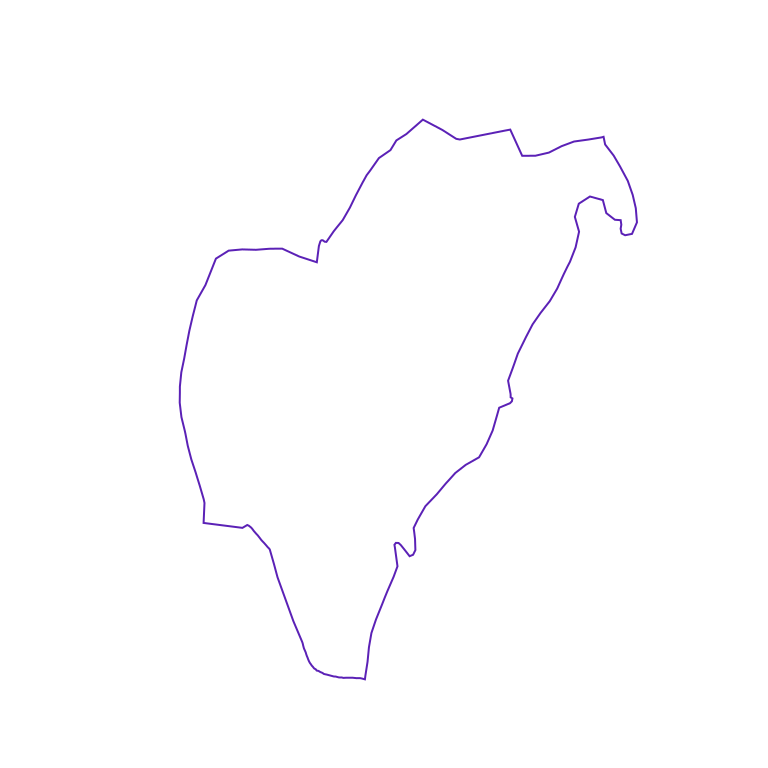 outline of Aflah Ash Sham, Hajjah, Yemen, rotated 195°
{"feature_id": "15242507B83432581375198", "entity_name": "Aflah Ash Sham", "entity_type": "district", "adm_level": 2, "iso_a3": "YEM", "parent_name": "Yemen", "parent_adm1": "Hajjah", "projection": "robinson", "projection_center": [43.41, 16.053], "detail": "fine", "context": "isolated", "style": "outline", "palette": "violet", "viewbox_px": 768, "rotation_deg": 195, "n_neighbors": 0, "source": "geoboundaries", "source_scale": "gbopen_adm2", "svg_char_len": 2568}
<svg xmlns="http://www.w3.org/2000/svg" viewBox="0 0 768 768"><g transform="rotate(195 384 384)"><path d="M522.3,203.1L483.5,208.4L479.6,212.4L477.8,212.1L475.1,210.9L473.5,209.8L471.8,208.4L468.7,206.3L466.9,205.2L464.1,203.1L462.2,201.6L460.8,200.7L458.8,199.5L456.1,197.7L454.1,196.3L452.5,195.4L451.5,194.6L443.8,181.8L436.8,169.7L410.1,131.4L396.2,113.6L395.4,112.4L394.3,110.3L392.9,107.9L391.2,105.8L390.1,104.4L389.2,102.9L388.2,101.4L387.0,99.9L386.2,98.7L384.8,96.9L383.4,95.4L382.0,94.3L380.9,93.3L379.6,92.5L377.9,91.2L376.0,90.7L374.9,89.8L373.0,89.9L371.0,89.3L368.6,89.0L367.2,88.4L365.6,88.4L364.2,88.5L362.5,88.5L361.2,88.5L359.0,88.5L356.8,88.5L354.9,88.9L353.3,88.9L351.6,88.9L348.9,89.6L347.2,89.6L345.1,90.3L340.7,91.5L338.0,92.2L336.0,92.5L334.2,92.8L330.9,93.7L329.2,93.8L326.0,93.8L326.5,97.5L328.0,111.4L330.4,125.8L331.6,139.1L331.7,140.2L330.8,154.4L328.8,170.7L328.0,177.8L327.1,184.9L324.8,200.3L323.8,211.4L331.1,228.8L332.3,231.4L331.4,233.6L328.8,234.2L326.1,232.8L322.0,229.8L314.7,224.3L311.7,226.6L310.7,231.7L313.9,242.3L316.5,248.8L318.1,252.6L316.3,261.9L312.4,276.7L304.4,291.3L300.1,300.6L298.5,304.0L295.9,309.0L292.1,316.5L284.1,327.1L273.2,337.8L269.3,352.4L267.0,367.2L266.7,382.9L266.6,390.9L257.3,398.1L256.0,400.4L256.2,403.3L258.2,403.9L259.1,407.0L265.0,419.3L263.8,432.3L263.4,437.2L262.6,448.0L260.4,459.0L259.0,466.1L255.9,480.1L251.2,493.1L245.3,507.0L241.4,521.0L239.6,531.9L238.8,536.6L237.2,544.8L236.0,550.2L234.3,565.6L235.0,581.6L242.9,594.8L242.5,608.6L233.6,618.4L220.2,618.3L213.5,606.6L203.5,602.4L197.8,603.5L196.0,599.3L195.6,595.2L193.4,590.9L189.6,590.1L183.3,593.2L181.5,605.6L186.3,619.0L192.7,631.0L201.1,643.3L210.8,653.6L212.3,655.2L221.3,664.1L232.4,672.6L235.9,679.6L237.7,678.5L249.9,673.0L263.2,667.4L274.0,659.7L284.6,650.2L296.8,643.7L306.2,641.1L309.6,640.2L327.9,662.4L332.7,660.1L374.0,639.8L377.7,639.5L393.4,644.5L414.9,649.4L427.1,631.2L435.1,622.5L438.3,611.6L447.4,600.9L452.5,586.9L454.8,581.2L456.4,574.7L456.7,573.6L460.0,559.0L462.6,545.5L466.3,531.6L470.1,523.1L472.1,518.5L476.4,506.4L478.1,506.1L480.4,507.0L481.7,506.6L482.4,505.3L482.6,500.4L480.4,484.2L498.9,485.2L517.4,488.4L527.5,485.6L529.9,484.9L542.4,480.5L555.8,477.3L568.6,472.6L578.8,461.6L582.1,433.3L586.5,416.3L586.4,410.4L586.3,400.4L585.8,385.2L584.8,371.1L583.6,356.9L582.8,342.8L580.5,328.7L578.9,322.7L576.5,313.1L571.1,299.6L564.4,287.4L562.9,284.5L557.6,273.6L550.6,261.3L543.1,249.9L540.6,245.9L535.6,238.0L528.3,226.0L526.6,222.6L522.3,203.1Z" fill="none" stroke="#5b21b6" stroke-width="2"/></g></svg>